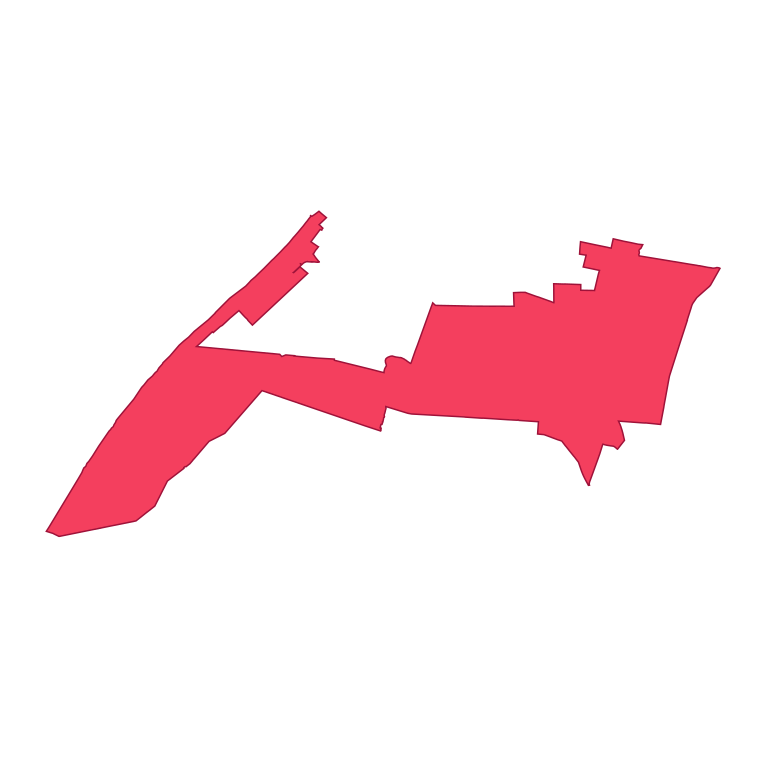 Sacele, Constanta, Romania (Equal Earth projection), rotated 183°
{"feature_id": "2599482B64412955341960", "entity_name": "Sacele", "entity_type": "district", "adm_level": 2, "iso_a3": "ROU", "parent_name": "Romania", "parent_adm1": "Constanta", "projection": "equal_earth", "projection_center": [28.684, 44.499], "detail": "fine", "context": "isolated", "style": "filled", "palette": "rose", "viewbox_px": 768, "rotation_deg": 183, "n_neighbors": 0, "source": "geoboundaries", "source_scale": "gbopen_adm2", "svg_char_len": 6017}
<svg xmlns="http://www.w3.org/2000/svg" viewBox="0 0 768 768"><g transform="rotate(183 384 384)"><path d="M174.8,293.9L174.7,294.0L174.4,293.5L173.5,293.7L173.8,294.6L173.8,295.0L173.8,295.6L173.7,296.2L173.5,297.2L173.1,298.4L170.8,305.9L166.4,320.4L164.8,325.8L163.7,330.1L162.6,334.5L162.2,335.4L161.5,335.2L160.5,334.9L158.2,334.5L154.4,334.1L151.8,333.9L151.1,333.7L150.5,333.3L149.9,333.0L147.5,331.1L147.4,331.1L140.9,340.3L143.1,348.0L143.1,347.9L143.8,350.1L144.9,352.9L145.2,353.8L146.2,356.0L146.5,356.6L147.1,357.7L147.5,358.5L147.9,359.2L147.7,359.2L124.0,358.7L121.1,358.7L121.0,358.8L120.7,358.9L120.2,358.8L105.7,358.1L105.0,363.4L104.5,367.1L103.4,375.1L103.2,377.3L102.6,381.9L102.3,384.1L100.2,400.5L99.4,406.4L99.2,407.4L95.6,421.2L90.6,440.3L87.6,451.5L84.4,463.5L84.6,463.6L81.5,475.3L80.7,478.6L80.4,479.3L80.0,480.4L78.6,482.7L76.2,486.6L75.5,487.3L66.7,496.0L64.6,498.0L63.7,499.0L63.0,500.0L54.5,517.1L55.1,517.4L56.6,517.7L57.3,517.7L57.8,517.7L59.3,517.2L60.7,517.0L61.1,516.9L61.7,516.9L63.6,517.2L66.5,517.4L75.0,518.6L76.0,518.6L78.0,518.9L83.8,519.5L87.4,519.9L100.5,521.4L100.9,521.4L105.2,521.9L135.9,525.3L136.1,526.0L136.3,526.2L136.4,526.4L136.3,526.6L136.3,526.9L136.1,527.2L136.0,527.7L135.9,528.3L135.9,528.9L136.0,529.4L136.3,529.8L136.4,530.2L136.4,530.5L136.3,530.8L135.9,531.7L134.9,532.6L134.3,533.3L134.2,533.6L134.1,534.0L133.5,535.2L133.5,535.6L133.1,536.2L132.9,536.7L137.5,536.9L144.9,538.1L152.0,539.1L162.7,541.0L164.3,531.5L168.0,532.2L180.0,534.0L195.2,536.4L195.4,530.8L195.4,530.7L195.5,523.9L188.9,523.2L191.2,511.3L174.7,508.7L175.1,507.4L175.7,504.8L178.3,490.5L178.6,489.0L178.6,488.4L192.4,487.9L192.7,493.6L209.4,493.3L209.5,493.2L219.8,493.0L219.4,487.9L219.4,487.1L218.7,475.5L218.6,475.1L218.7,474.1L219.6,474.3L220.8,474.8L234.3,478.9L236.0,479.3L239.4,480.3L241.7,481.0L245.7,482.2L247.7,482.9L252.1,482.7L259.4,482.0L259.3,480.9L258.4,470.7L258.2,469.0L258.1,468.5L262.5,468.2L271.0,467.8L273.8,467.7L278.4,467.4L299.6,466.4L312.5,466.0L336.7,465.2L339.6,467.6L340.3,465.2L341.0,463.1L352.6,424.7L354.6,418.5L356.4,412.3L357.9,407.1L358.4,405.9L358.5,405.9L359.7,406.5L360.4,407.0L362.0,407.9L362.3,408.1L362.5,408.4L362.7,408.6L363.7,409.0L364.3,409.4L365.0,409.9L365.5,410.1L367.5,410.9L367.8,411.1L368.1,411.1L369.3,411.3L369.9,411.2L371.4,411.4L373.7,411.6L377.3,412.4L379.2,412.0L379.8,411.7L381.4,411.0L382.5,410.2L383.4,409.3L383.9,407.7L383.7,405.8L382.7,403.2L382.6,402.1L383.4,400.8L384.1,399.2L384.4,397.9L384.6,396.6L384.6,395.4L387.1,395.8L398.9,398.2L434.8,405.1L434.9,405.5L434.9,406.3L451.8,406.4L475.0,407.2L474.8,407.6L483.6,407.9L487.5,406.1L489.7,408.2L573.2,411.6L571.8,413.0L569.6,415.2L565.8,419.1L558.2,427.1L557.2,426.4L550.6,432.8L548.5,434.1L541.2,441.7L532.7,449.7L530.6,447.7L528.5,445.6L526.5,443.7L525.5,442.8L524.7,442.2L524.3,441.8L523.7,441.2L523.4,440.7L523.1,440.3L518.5,435.9L465.9,490.5L474.1,496.6L478.5,492.0L480.1,490.5L480.3,490.6L480.0,490.8L478.7,492.2L473.9,497.2L472.5,498.8L473.7,499.5L473.8,499.7L473.8,499.8L473.6,499.8L472.4,499.0L472.2,499.0L471.0,500.3L469.8,501.2L468.5,501.8L467.7,502.1L467.3,502.1L467.0,502.3L466.9,502.3L466.8,502.1L465.0,502.1L463.0,502.0L461.3,502.1L461.6,502.3L460.1,502.3L459.2,502.2L457.2,502.1L455.7,502.2L454.5,502.7L455.1,502.7L455.3,502.8L455.5,502.9L458.6,506.3L459.2,507.1L459.5,507.4L460.0,508.0L460.3,508.6L461.6,510.1L460.5,511.5L460.5,511.8L460.3,512.2L459.0,514.4L458.1,515.5L456.7,517.6L457.0,517.7L464.4,522.2L455.9,534.9L454.2,534.4L453.9,535.4L453.4,536.0L453.2,536.3L453.6,536.9L454.4,537.2L454.8,537.9L457.2,539.7L450.2,547.1L455.4,551.0L458.0,553.1L461.8,549.9L464.5,547.9L464.8,547.7L465.2,547.7L465.5,547.9L465.7,548.2L466.0,548.4L466.2,548.2L466.2,547.7L466.2,547.2L466.6,546.5L467.5,545.4L469.2,542.8L470.5,541.1L473.1,537.3L474.5,535.5L477.9,530.9L481.2,526.7L482.0,525.8L485.8,520.5L488.6,517.1L490.2,515.4L494.5,510.3L498.2,506.2L500.6,503.5L502.6,501.5L505.3,498.4L510.0,493.1L515.2,487.6L518.2,484.3L522.2,480.5L523.7,478.6L527.2,474.5L542.3,461.8L543.0,461.1L556.3,446.3L556.4,445.7L557.0,445.2L562.8,438.9L576.3,426.6L581.6,420.5L586.2,416.4L590.6,412.0L599.3,400.7L601.9,397.9L605.8,393.7L606.4,392.3L609.6,388.3L611.4,384.8L613.0,383.5L613.6,382.6L614.3,381.8L615.6,379.9L620.0,375.7L623.6,370.6L625.8,368.0L633.1,355.7L647.9,335.9L649.5,333.6L650.1,331.6L651.5,329.2L652.1,327.3L653.9,325.6L654.7,324.1L655.8,323.0L657.2,320.8L665.6,307.1L671.2,297.0L674.8,291.2L676.5,289.2L677.5,286.2L679.5,284.3L679.7,283.5L680.2,282.4L681.0,279.9L684.1,273.9L692.8,257.6L710.9,223.8L713.5,219.2L706.5,217.4L706.0,217.1L700.8,214.9L700.0,214.9L624.5,234.3L614.2,243.4L614.0,243.7L613.8,243.7L606.5,250.1L595.2,275.8L579.4,289.3L579.6,289.7L579.6,290.0L578.9,290.6L578.6,290.9L578.4,291.1L577.9,291.1L577.4,291.0L573.6,294.3L570.7,298.1L570.6,298.5L570.2,298.9L570.0,299.0L555.7,317.6L540.4,326.4L505.5,371.0L433.8,350.6L400.4,341.1L384.9,336.9L384.6,337.5L384.6,337.8L384.6,338.2L384.9,338.5L384.6,339.1L384.5,339.6L384.7,340.0L385.0,340.1L385.3,340.1L385.4,339.9L385.6,340.0L385.4,340.4L385.1,343.0L384.9,343.5L384.7,343.6L384.4,343.5L384.2,343.4L383.9,343.5L383.3,345.6L383.5,345.7L383.6,346.0L383.4,346.3L383.1,346.3L382.7,348.8L382.6,349.6L382.6,350.3L382.4,350.6L382.0,350.8L381.9,351.1L381.8,351.4L382.0,351.9L382.1,352.1L382.1,352.5L382.1,353.5L382.0,354.1L381.7,354.8L381.6,355.4L381.4,356.2L381.3,357.0L381.1,358.1L380.9,358.9L380.7,360.0L381.0,360.8L381.0,361.6L359.1,356.1L358.4,356.0L358.1,355.9L357.8,355.9L355.0,355.5L302.0,355.3L301.5,355.2L287.4,355.0L284.5,355.0L283.1,355.1L258.8,354.8L254.7,354.8L248.9,354.8L248.5,355.1L248.3,355.1L248.1,355.1L247.9,355.1L247.4,354.7L227.8,354.4L228.0,342.1L221.5,341.8L207.8,337.5L204.8,336.7L203.5,336.3L203.3,336.2L202.7,335.4L199.4,331.5L199.1,331.3L195.0,326.6L190.6,321.7L190.4,321.5L190.2,321.4L189.8,320.9L188.4,319.2L185.9,316.3L185.6,315.8L182.2,307.3L181.0,304.7L179.8,302.3L178.8,300.5L176.9,297.3L175.4,294.9L174.8,293.9Z" fill="#f43f5e" stroke="#9f1239" stroke-width="1.5"/></g></svg>